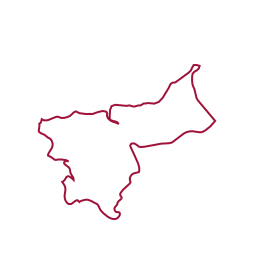 SVG path tracing the border of Litoral, rotated 50°
{"feature_id": "GNQ-1470", "entity_name": "Litoral", "entity_type": "Province", "adm_level": 1, "iso_a3": "GNQ", "parent_name": "Equatorial Guinea", "parent_adm1": "", "projection": "orthographic", "projection_center": [9.856, 1.633], "detail": "fine", "context": "isolated", "style": "outline", "palette": "rose", "viewbox_px": 256, "rotation_deg": 50, "n_neighbors": 0, "source": "natural_earth", "source_scale": "10m", "svg_char_len": 2780}
<svg xmlns="http://www.w3.org/2000/svg" viewBox="0 0 256 256"><g transform="rotate(50 128 128)"><path d="M126.4,33.2L127.9,35.4L128.1,37.9L127.6,40.7L127.9,43.5L129.6,45.6L132.7,48.3L136.1,50.6L138.5,51.5L140.8,52.1L149.3,56.3L152.0,56.7L170.0,56.7L178.6,56.7L179.7,64.1L179.5,70.5L179.0,72.9L178.3,74.6L177.3,75.9L172.2,80.4L171.0,81.8L169.4,84.4L168.6,86.5L168.1,88.9L167.4,103.4L166.3,106.0L161.5,112.4L153.2,127.0L150.8,130.5L149.0,131.7L146.4,132.2L144.2,133.0L143.0,134.0L142.2,135.5L142.4,136.7L142.9,137.5L143.8,138.1L153.2,140.6L161.8,143.1L165.8,145.0L168.1,147.0L168.6,147.7L168.7,148.3L167.8,150.0L166.4,153.0L166.1,154.6L166.4,156.4L167.3,158.5L168.5,159.6L171.2,161.0L171.7,162.5L172.1,171.3L172.5,173.4L173.2,176.0L174.3,177.0L175.5,177.4L177.0,177.4L177.8,178.2L178.0,179.5L178.0,181.0L178.1,182.8L178.5,184.0L179.3,184.9L179.7,185.9L180.4,189.3L181.1,190.3L182.6,191.1L184.0,191.2L185.1,190.8L186.0,189.7L186.9,189.0L187.7,188.9L188.8,189.6L189.6,190.8L190.1,192.4L190.2,194.1L189.8,195.8L188.6,197.5L186.8,198.9L184.8,199.9L182.7,200.6L177.7,201.6L175.1,201.8L173.0,201.8L171.4,201.4L168.7,200.7L167.4,200.5L166.2,200.7L164.6,201.3L163.9,201.7L160.7,202.9L157.6,204.6L156.9,205.2L156.1,206.0L155.4,207.1L154.1,209.8L153.2,212.5L153.3,212.8L150.7,213.2L150.0,215.1L149.9,219.1L149.5,220.8L147.9,222.4L145.7,222.8L143.4,222.5L141.0,221.5L138.8,219.8L135.3,215.8L133.1,214.2L131.0,213.5L127.0,213.0L127.3,212.3L127.1,210.0L126.0,206.6L126.3,205.0L127.4,204.2L129.1,203.6L131.1,203.2L132.8,203.1L132.0,202.4L130.4,201.8L128.4,201.5L126.8,201.3L125.4,200.9L122.1,199.0L120.5,198.6L115.0,199.8L113.5,199.4L113.0,198.1L113.6,196.6L114.6,195.5L115.5,194.9L113.0,196.0L109.9,198.7L107.3,201.6L106.2,203.6L105.3,204.5L100.9,205.6L97.6,207.0L96.4,205.4L94.3,199.0L93.2,197.3L91.8,196.0L89.6,194.9L87.2,194.4L85.4,194.8L83.9,195.5L79.6,196.3L75.7,198.2L73.6,198.6L72.5,197.9L69.3,194.3L67.6,193.1L67.9,191.8L67.5,190.7L65.8,188.4L67.9,187.6L69.4,186.0L70.6,184.1L72.8,177.2L73.9,174.8L75.5,173.7L77.5,172.6L79.4,170.1L80.8,167.0L81.5,164.6L81.2,159.5L81.7,157.3L85.4,155.7L90.6,150.9L92.9,147.9L93.4,147.7L93.7,146.9L94.3,146.3L94.9,145.4L95.2,144.0L96.8,140.1L98.9,136.2L101.7,134.1L103.4,134.6L105.1,136.2L107.6,137.1L111.2,136.6L113.7,135.4L116.0,133.9L119.0,132.5L116.3,132.6L110.9,136.3L108.5,135.7L102.7,130.2L100.7,126.5L102.0,122.9L109.9,115.1L110.3,114.6L111.1,113.1L111.7,112.3L114.5,110.5L115.5,109.5L116.1,108.5L117.2,105.9L117.8,105.0L118.4,104.5L118.8,103.6L119.3,100.3L119.9,99.4L120.6,98.8L120.9,98.1L121.6,96.8L126.3,92.1L127.8,87.6L127.2,82.1L123.5,71.1L122.3,68.6L121.8,67.5L121.7,66.0L122.0,64.6L122.6,63.7L123.2,63.0L123.5,62.3L124.6,45.7L124.3,42.7L123.1,40.3L122.0,37.3L123.8,35.0L126.4,33.2Z" fill="none" stroke="#9f1239" stroke-width="2"/></g></svg>